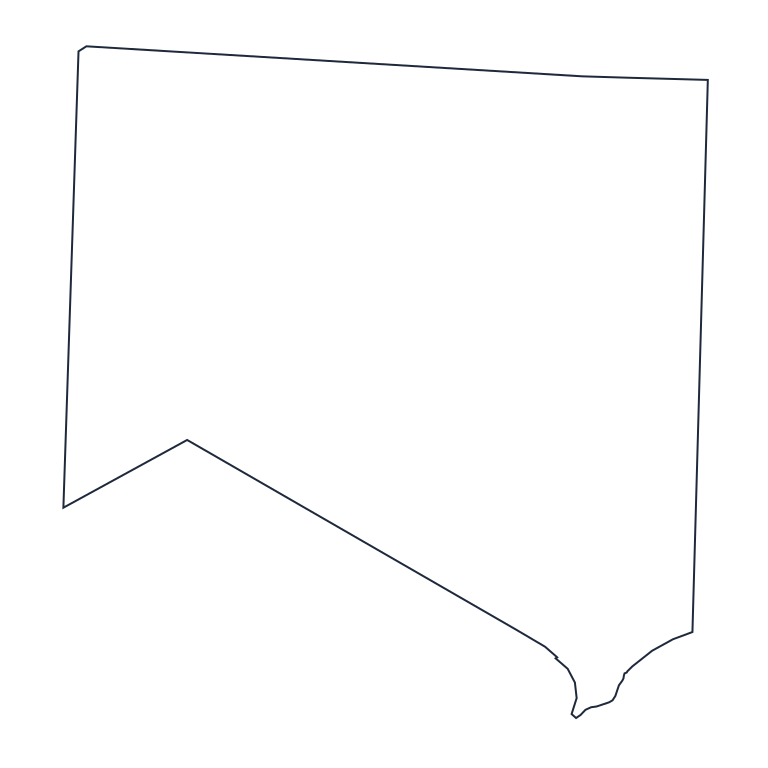 SVG path tracing the border of Inchiri, rotated 272°
{"feature_id": "MRT-2786", "entity_name": "Inchiri", "entity_type": "Region", "adm_level": 1, "iso_a3": "MRT", "parent_name": "Mauritania", "parent_adm1": "", "projection": "albers", "projection_center": [-15.985, 20.073], "detail": "fine", "context": "isolated", "style": "outline", "palette": "slate", "viewbox_px": 768, "rotation_deg": 272, "n_neighbors": 0, "source": "natural_earth", "source_scale": "10m", "svg_char_len": 581}
<svg xmlns="http://www.w3.org/2000/svg" viewBox="0 0 768 768"><g transform="rotate(272 384 384)"><path d="M146.9,700.9L139.0,681.7L126.8,661.3L110.5,642.1L105.3,637.2L104.1,636.6L103.2,634.5L100.9,633.9L98.1,633.6L95.8,632.5L91.1,629.3L80.3,626.1L75.8,623.4L73.7,620.0L69.1,607.6L68.2,602.3L65.4,596.7L60.1,592.0L56.9,587.6L60.7,583.0L76.8,587.5L92.3,585.2L105.8,577.5L115.8,565.1L116.9,566.6L127.0,554.2L142.4,525.9L321.2,189.2L249.2,67.9L705.8,67.1L711.1,74.8L698.4,571.3L698.6,615.9L699.2,697.0L688.0,697.1L146.9,700.9Z" fill="none" stroke="#1e293b" stroke-width="2"/></g></svg>